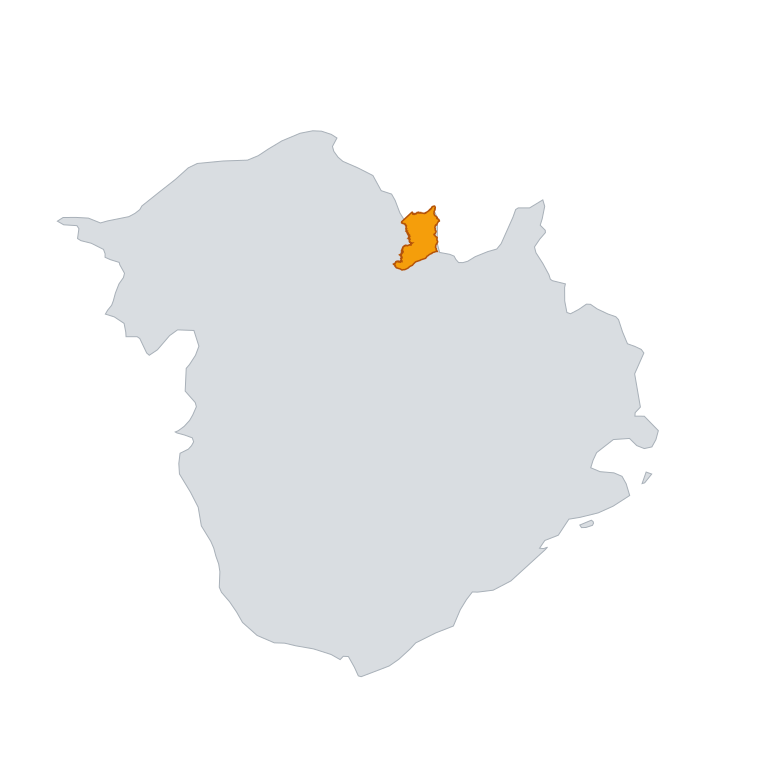 Memot, Kâmpóng Cham, Cambodia (highlighted), rotated 251°
{"feature_id": "14789045B36806562781005", "entity_name": "Memot", "entity_type": "district", "adm_level": 2, "iso_a3": "KHM", "parent_name": "Cambodia", "parent_adm1": "Kâmpóng Cham", "projection": "natural_earth1", "projection_center": [106.235, 11.913], "detail": "fine", "context": "in_parent", "style": "filled", "palette": "amber", "viewbox_px": 768, "rotation_deg": 251, "n_neighbors": 0, "source": "geoboundaries", "source_scale": "gbopen_adm2", "svg_char_len": 8335}
<svg xmlns="http://www.w3.org/2000/svg" viewBox="0 0 768 768"><g transform="rotate(251 384 384)"><path d="M644.3,128.2L645.9,134.8L641.7,147.2L637.1,158.5L628.6,168.3L628.2,175.6L625.3,197.2L626.4,204.1L628.4,209.9L631.2,213.1L638.7,234.2L645.4,253.5L652.1,269.3L653.3,279.3L647.2,304.6L640.1,327.8L640.8,339.4L643.8,351.0L647.1,366.5L648.4,386.3L646.6,399.1L643.4,407.2L637.2,415.4L631.9,419.6L625.4,412.6L620.3,412.3L613.4,414.4L607.9,417.6L596.9,429.6L584.7,441.4L567.7,444.3L561.1,453.0L554.1,454.3L540.7,454.7L531.9,456.7L532.3,461.1L531.6,481.7L531.8,486.6L530.4,487.9L524.4,488.5L514.1,485.3L500.2,480.2L490.3,479.4L485.2,488.4L482.1,491.9L478.4,492.5L474.5,494.1L473.1,498.1L472.8,503.1L474.7,511.7L475.4,525.3L474.9,534.6L478.6,540.5L499.8,560.3L506.1,565.3L506.8,568.2L503.1,579.0L506.4,594.1L499.7,593.8L488.6,587.3L483.3,583.4L476.9,586.5L474.6,585.9L470.3,578.5L464.6,570.9L458.7,570.4L446.4,573.4L433.7,575.5L428.9,575.4L426.9,576.8L419.6,588.1L416.5,586.2L403.7,581.9L392.1,580.2L389.7,583.2L391.1,592.4L393.6,601.4L392.1,605.2L385.7,609.9L377.3,618.5L372.1,625.1L368.5,626.7L355.6,626.5L342.8,627.3L337.7,633.6L332.9,638.5L328.7,639.8L312.0,624.3L278.7,618.9L275.1,612.1L271.9,610.8L268.8,619.6L250.6,628.2L242.9,623.0L237.3,616.8L238.2,609.1L243.5,602.9L252.6,598.4L256.8,582.8L249.9,562.7L243.9,556.9L237.5,552.2L230.8,559.7L225.1,572.5L219.2,579.0L210.8,580.5L198.6,580.0L193.9,560.9L192.4,544.5L194.1,525.9L196.0,514.8L184.3,499.6L183.7,485.1L178.1,477.6L176.4,481.4L176.5,485.5L174.9,482.5L156.5,439.9L153.5,420.1L156.7,404.9L158.6,399.8L153.3,391.8L145.8,382.7L132.6,370.8L131.8,351.9L128.9,329.7L124.9,322.2L118.9,308.4L115.7,297.1L114.7,267.1L116.4,264.7L125.8,263.8L137.9,261.6L139.8,256.8L137.7,252.8L145.4,246.0L156.5,231.1L165.1,215.5L171.3,205.7L175.0,196.0L187.5,182.2L204.6,172.6L216.3,170.4L228.4,167.1L240.0,162.5L245.5,162.1L259.9,167.7L267.7,169.1L275.8,169.0L284.3,169.6L291.7,169.0L309.3,165.1L328.0,168.2L344.8,165.8L365.5,161.3L375.6,164.1L384.9,168.6L386.1,177.8L388.3,181.9L391.3,185.2L395.5,185.2L400.7,178.8L405.2,172.2L406.6,171.0L406.8,174.2L409.0,181.3L412.9,188.4L416.9,193.0L423.6,199.2L427.9,199.5L442.0,193.7L463.2,202.1L465.7,206.4L472.5,215.1L480.0,221.3L496.5,221.7L502.4,206.4L499.6,197.1L490.1,180.9L487.6,171.4L490.6,169.7L506.5,167.9L509.1,166.0L512.7,155.5L517.0,156.7L525.9,158.0L535.2,150.9L540.8,143.3L543.8,146.8L547.1,152.1L550.7,155.1L557.5,159.7L564.9,166.0L569.5,172.3L573.2,174.7L582.7,173.0L585.2,173.2L590.7,165.7L594.6,161.5L597.9,162.7L602.6,162.6L612.5,152.9L618.2,144.1L621.3,141.6L630.2,146.1L633.7,145.2L638.8,133.0L644.3,128.2ZM187.7,535.7L185.9,536.9L184.2,536.8L182.5,535.1L182.6,528.2L183.9,524.0L186.9,523.2L187.7,535.7ZM215.4,603.2L211.7,607.8L205.7,598.3L205.8,595.6L215.4,603.2Z" fill="#d9dde1" stroke="#a8b0b8" stroke-width="1"/><path d="M491.5,433.2L490.9,433.1L490.2,433.5L489.9,433.5L489.7,433.7L489.5,433.9L489.3,434.5L488.8,434.9L487.6,436.7L487.2,437.1L486.1,437.9L485.9,438.3L485.8,439.5L485.4,440.7L485.4,441.4L485.6,443.3L485.8,444.6L486.5,446.1L486.8,447.1L487.0,449.5L488.0,451.1L489.2,453.6L489.2,457.5L489.1,458.2L489.4,458.9L489.3,464.3L489.6,464.5L490.1,465.5L490.8,466.2L491.0,467.5L491.4,468.3L491.8,469.8L491.9,471.9L492.4,472.4L492.4,472.9L492.3,474.7L492.4,475.7L492.3,476.1L492.3,476.6L492.0,477.5L493.0,477.4L493.9,477.0L494.8,477.5L496.3,477.2L496.7,477.2L497.1,477.6L498.1,478.0L498.9,478.6L499.2,478.9L499.2,479.5L500.0,479.8L500.2,480.5L500.6,480.8L501.5,481.2L502.1,481.0L502.9,480.9L504.6,481.5L504.9,481.9L505.2,481.9L505.8,481.7L506.4,480.9L506.6,480.7L507.2,480.6L508.1,480.6L508.3,480.5L508.5,480.0L509.1,479.9L509.5,480.4L509.6,481.4L510.2,481.9L510.8,482.6L511.3,482.9L512.0,482.9L512.8,482.5L513.5,482.7L514.3,483.1L515.2,482.9L516.2,483.6L516.9,483.9L517.2,484.6L517.5,484.7L517.3,485.2L517.2,485.6L518.3,486.4L519.9,488.3L520.2,488.6L520.0,489.1L520.0,489.4L520.1,489.5L521.6,489.4L522.1,489.2L522.4,488.7L523.1,488.4L523.3,487.9L523.7,488.0L523.9,488.5L524.3,488.5L524.8,488.1L525.3,487.9L526.1,487.3L527.1,486.7L529.0,486.7L529.6,487.2L530.5,487.3L531.5,488.2L532.1,489.0L532.5,488.9L532.7,489.0L533.2,489.0L533.4,489.2L533.3,489.5L534.0,489.9L534.6,490.0L535.7,489.8L535.9,489.5L535.9,489.1L536.0,488.4L535.9,488.1L536.0,487.5L535.8,487.1L535.6,487.0L535.5,486.6L535.1,486.5L535.0,486.2L534.9,486.2L534.7,485.9L534.4,485.7L534.5,485.1L534.3,484.8L534.0,484.7L534.1,484.0L533.7,483.9L533.7,483.5L533.5,483.3L533.5,483.2L533.3,483.1L533.3,482.5L533.0,481.9L532.8,481.7L532.8,481.0L532.4,479.9L532.5,479.7L532.5,479.4L532.3,479.4L532.1,479.2L532.3,478.9L532.3,478.6L532.0,478.6L532.0,478.4L532.3,478.0L532.2,477.8L532.1,477.6L532.3,477.4L532.5,477.0L532.5,476.8L532.7,476.5L532.9,476.4L532.9,476.2L533.2,475.8L533.2,475.6L533.3,475.5L533.3,475.3L533.6,475.0L533.7,474.5L534.0,474.5L533.9,474.3L534.0,474.2L533.9,474.0L534.0,473.6L534.2,473.4L534.2,473.2L534.3,473.2L534.5,472.8L534.6,472.6L534.8,472.6L534.6,472.3L534.9,472.0L535.0,472.1L535.0,471.9L535.2,471.7L535.3,471.7L535.4,471.2L535.2,471.1L535.2,470.9L535.0,470.4L534.7,470.4L534.7,470.2L534.4,469.6L534.8,469.3L534.7,469.2L534.6,468.7L534.6,468.4L534.5,468.5L534.4,468.2L534.6,467.6L534.7,467.4L535.0,467.4L535.1,467.2L535.2,467.3L535.2,467.0L535.3,467.0L535.2,466.9L535.3,466.5L535.5,466.5L535.8,466.6L536.1,466.6L536.3,466.8L536.8,466.7L536.9,466.4L537.3,466.4L537.1,465.8L531.7,453.6L531.4,453.4L531.0,453.4L530.8,453.2L530.7,453.3L530.5,453.2L530.3,453.4L530.4,453.7L530.2,453.9L529.6,454.1L529.5,454.5L529.1,454.8L528.9,455.1L529.0,455.4L528.8,455.5L528.6,455.7L528.4,455.7L528.4,455.9L528.3,456.1L528.1,456.0L527.5,456.3L527.4,456.4L527.1,456.4L527.1,456.2L526.9,456.2L527.0,456.0L526.8,455.9L526.7,456.0L526.4,456.1L526.2,456.3L525.9,456.3L525.9,456.5L525.3,456.2L525.2,456.0L524.6,455.9L524.4,455.7L524.2,455.5L523.7,455.4L523.6,455.5L523.6,455.3L522.9,455.3L522.8,455.1L522.5,455.0L522.2,455.3L522.1,455.2L522.0,454.9L521.5,454.8L521.3,455.2L521.2,454.8L521.0,455.0L520.8,454.9L520.5,455.2L520.2,455.1L519.9,455.6L519.7,455.5L519.3,455.4L519.2,455.7L518.9,455.5L518.9,455.3L518.6,455.5L518.4,455.4L518.4,455.5L518.4,455.9L518.2,456.0L518.0,455.9L517.8,455.7L517.7,456.0L517.3,455.9L517.1,456.1L516.9,455.8L516.7,456.2L516.5,455.9L516.3,456.0L516.1,455.8L515.8,456.2L515.7,456.0L515.6,455.9L515.4,456.1L515.4,455.9L515.0,455.7L514.9,455.4L514.7,455.7L514.4,455.7L514.5,455.5L514.2,455.4L514.5,455.4L514.3,455.1L514.3,454.9L514.0,454.8L513.8,454.8L513.7,454.5L513.5,455.0L513.2,455.2L513.3,455.3L512.4,455.8L512.2,455.5L512.1,455.2L512.3,454.9L512.2,454.7L511.8,455.0L511.4,454.8L511.1,454.8L510.8,454.5L510.1,454.9L509.9,454.7L510.1,454.4L509.7,454.4L509.5,454.9L508.8,455.3L508.7,455.8L508.6,456.0L508.1,456.1L508.0,456.6L507.8,456.1L507.3,455.3L507.7,454.8L507.5,454.7L506.6,454.6L506.8,454.2L507.2,454.3L507.4,454.0L507.4,453.1L507.1,452.9L507.1,451.0L507.6,450.8L507.6,450.1L508.1,449.9L508.2,449.7L508.1,448.8L508.0,448.6L507.7,448.8L507.6,448.5L508.0,448.3L508.1,448.2L507.7,447.4L507.2,447.0L507.2,446.8L507.4,446.6L507.3,446.4L506.9,446.1L506.5,446.0L506.3,445.5L506.1,445.5L505.8,445.8L505.7,445.8L505.5,445.0L505.3,444.8L504.9,444.9L504.8,444.2L504.7,444.1L503.9,444.8L503.7,444.4L503.6,444.7L503.5,445.1L503.3,445.2L503.2,445.2L503.2,444.4L503.1,444.0L503.0,443.9L502.9,444.1L502.7,444.2L502.8,444.0L502.7,443.8L502.2,444.0L501.9,443.9L501.9,443.7L502.1,443.2L501.6,443.2L501.7,442.6L501.2,441.9L501.2,441.6L500.5,442.5L500.3,442.4L500.6,441.8L500.6,441.7L500.0,441.6L499.8,441.6L499.7,441.9L499.4,442.0L499.3,441.8L499.4,441.6L498.9,441.9L498.7,441.7L498.3,441.7L498.5,442.1L498.1,442.4L497.2,442.0L497.2,441.7L497.5,440.9L497.4,440.7L496.8,440.8L496.8,441.1L496.7,441.1L496.5,440.9L495.6,440.8L495.8,440.5L495.6,440.3L495.4,440.3L495.0,440.6L495.0,440.3L494.9,440.4L494.9,440.9L494.6,441.0L494.5,440.8L494.1,440.8L494.8,439.8L494.7,439.7L494.3,439.6L494.1,439.8L494.0,439.7L494.1,439.4L493.8,439.1L494.1,438.6L494.4,438.8L494.7,438.5L494.7,437.7L495.1,437.8L495.4,437.5L495.7,437.4L495.7,437.0L495.8,436.6L495.6,436.6L495.2,436.1L495.4,435.8L495.8,435.8L495.8,435.0L494.8,434.4L494.6,433.2L494.4,433.2L494.1,433.4L494.0,433.1L494.3,432.8L494.3,431.9L494.2,431.9L493.9,432.0L493.7,432.7L493.1,432.8L492.7,433.1L492.6,432.9L492.2,433.1L491.8,432.8L491.7,432.8L491.5,433.2Z" fill="#f59e0b" stroke="#b45309" stroke-width="1.5"/></g></svg>